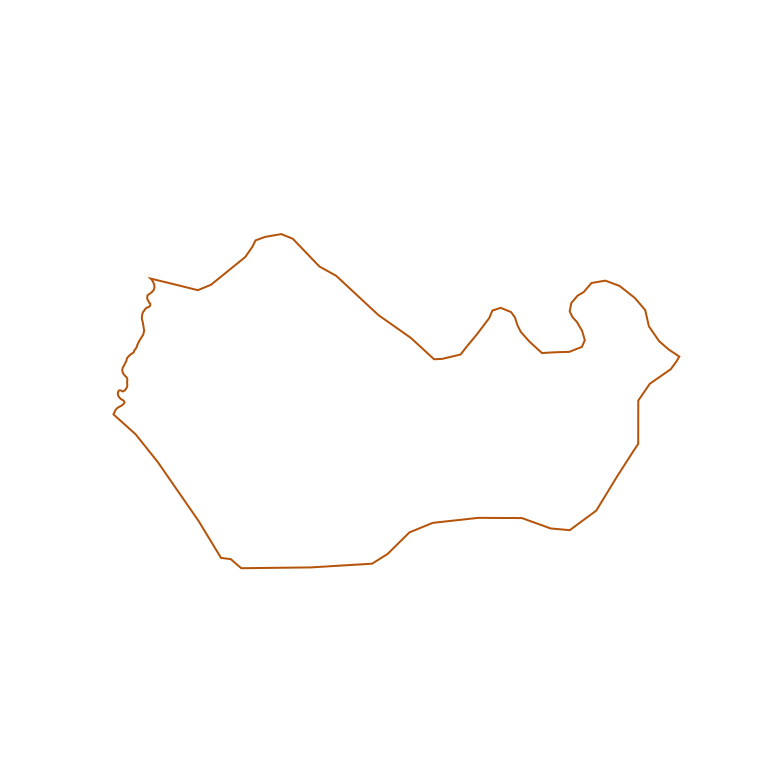 Barros Blancos, Canelones, Uruguay, rotated 45°
{"feature_id": "84410073B87283476662632", "entity_name": "Barros Blancos", "entity_type": "district", "adm_level": 2, "iso_a3": "URY", "parent_name": "Uruguay", "parent_adm1": "Canelones", "projection": "orthographic", "projection_center": [-56.02, -34.752], "detail": "fine", "context": "isolated", "style": "outline", "palette": "amber", "viewbox_px": 768, "rotation_deg": 45, "n_neighbors": 0, "source": "geoboundaries", "source_scale": "gbopen_adm2", "svg_char_len": 2517}
<svg xmlns="http://www.w3.org/2000/svg" viewBox="0 0 768 768"><g transform="rotate(45 384 384)"><path d="M413.3,615.2L461.8,565.6L502.6,519.5L506.7,501.8L506.9,471.0L516.6,447.8L545.3,412.0L576.3,381.3L604.0,368.3L618.7,356.0L623.6,323.4L614.3,285.0L607.8,255.2L606.1,246.6L575.5,215.9L571.8,195.9L576.3,170.6L574.7,160.7L573.4,155.8L560.8,158.3L548.3,159.2L530.5,155.9L516.4,147.0L500.3,145.8L481.2,148.1L467.4,154.4L459.3,165.9L460.2,177.9L458.4,184.8L459.2,194.3L463.9,201.3L470.2,203.5L476.4,203.7L486.4,206.3L495.0,211.0L497.7,217.8L492.3,230.2L482.8,240.3L473.8,250.4L457.2,251.2L443.9,250.4L437.1,248.2L429.4,244.3L423.0,243.3L412.7,247.6L408.7,255.4L411.8,263.0L414.6,283.3L416.1,299.6L417.3,309.0L407.3,325.2L401.9,331.1L370.5,332.4L331.5,339.2L273.8,341.3L255.2,346.6L216.8,345.8L205.4,350.6L196.0,363.9L191.6,373.3L193.8,379.7L196.1,392.1L191.5,436.2L186.0,449.3L163.1,463.1L144.4,474.5L146.4,474.5L148.4,475.1L150.4,475.8L151.8,476.6L153.2,477.8L154.1,479.3L154.7,480.6L154.7,482.1L154.9,483.2L154.7,484.7L154.4,486.4L154.0,488.4L154.9,489.6L155.9,490.9L157.1,491.4L157.3,491.5L159.0,492.0L160.6,492.5L161.9,492.4L162.9,493.4L163.4,494.6L163.2,495.9L162.5,497.3L162.1,498.5L162.2,499.7L162.5,501.2L162.7,503.3L163.5,505.1L164.6,506.9L165.8,508.2L167.3,509.6L168.8,510.3L170.2,511.2L171.8,512.4L173.2,513.3L174.4,514.3L175.6,515.1L177.0,516.1L177.5,517.4L178.4,518.5L179.0,519.9L179.2,521.4L179.8,523.4L180.1,525.0L180.4,526.4L180.9,527.7L181.5,529.5L181.9,530.7L182.7,532.1L183.2,533.5L183.6,535.1L183.6,536.6L184.2,537.8L184.7,539.0L184.3,540.2L184.0,541.7L183.9,543.1L183.8,544.3L183.9,545.8L184.0,547.0L184.3,548.1L184.8,548.8L185.3,549.5L185.6,550.2L185.9,551.3L186.4,552.5L186.7,553.6L186.9,554.3L187.4,555.9L187.7,557.1L188.3,558.1L188.9,559.1L189.9,559.9L191.0,560.5L192.2,561.0L193.7,561.2L194.9,561.3L196.5,561.3L197.7,561.4L198.4,561.7L199.1,562.1L200.0,563.1L201.3,564.6L202.5,565.6L203.3,566.4L204.2,567.3L204.5,567.9L204.8,569.1L205.1,570.5L205.2,571.7L205.0,572.9L204.7,573.7L204.1,574.3L203.1,574.4L202.4,574.7L201.6,575.3L201.2,576.1L201.3,576.8L201.7,577.7L202.4,578.6L203.1,579.5L203.9,579.9L205.0,580.4L206.3,580.6L207.9,580.7L209.3,580.6L210.4,580.1L211.6,579.9L212.5,580.0L213.3,580.3L213.8,581.1L213.9,582.0L213.9,583.7L213.6,585.3L213.2,586.5L212.9,587.6L212.5,588.8L212.4,590.1L212.4,590.6L212.5,591.4L212.7,592.7L213.2,594.1L213.8,595.7L214.2,596.8L244.0,595.2L279.5,599.2L349.9,612.0L391.7,622.2L399.5,616.2L413.3,615.2Z" fill="none" stroke="#b45309" stroke-width="2"/></g></svg>